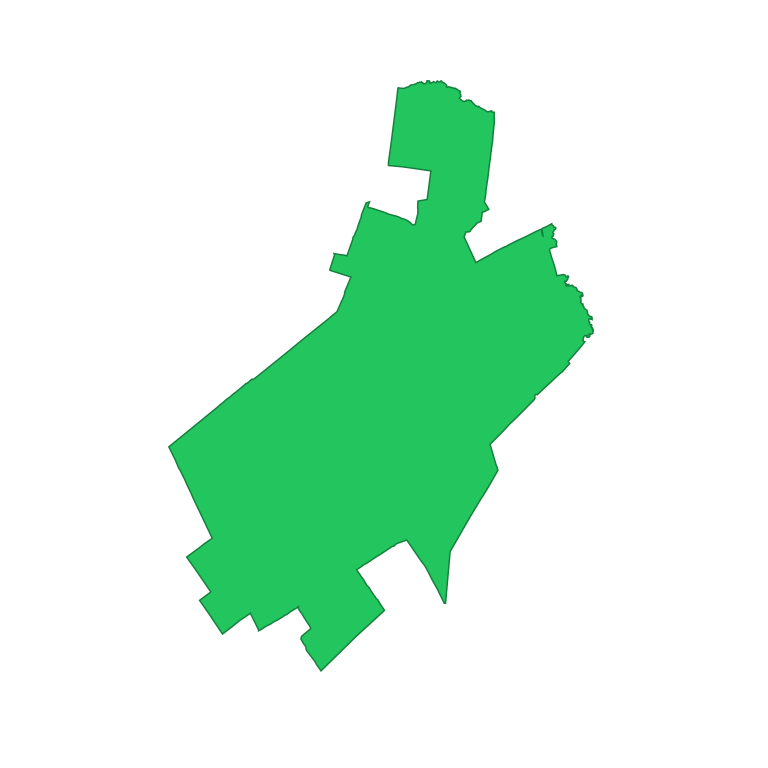 the district of Vanatori, Mehedinti, Romania, rotated 297°
{"feature_id": "2599482B58369047953244", "entity_name": "Vanatori", "entity_type": "district", "adm_level": 2, "iso_a3": "ROU", "parent_name": "Romania", "parent_adm1": "Mehedinti", "projection": "mercator", "projection_center": [22.926, 44.254], "detail": "fine", "context": "isolated", "style": "filled", "palette": "green", "viewbox_px": 768, "rotation_deg": 297, "n_neighbors": 0, "source": "geoboundaries", "source_scale": "gbopen_adm2", "svg_char_len": 6144}
<svg xmlns="http://www.w3.org/2000/svg" viewBox="0 0 768 768"><g transform="rotate(297 384 384)"><path d="M555.9,500.0L557.1,498.3L557.6,498.4L557.7,499.5L558.3,499.8L560.1,500.1L563.5,499.7L563.8,499.1L563.8,498.8L562.1,498.1L562.0,497.7L563.2,496.3L563.0,496.0L563.2,494.5L559.0,488.8L562.9,485.6L566.1,482.7L569.6,479.3L571.5,477.2L578.0,471.1L579.0,470.6L580.0,470.5L580.9,471.2L583.6,474.0L584.8,475.6L585.5,475.3L586.1,474.5L586.9,473.8L588.5,473.7L588.9,473.5L589.9,472.1L590.0,471.6L590.6,470.5L590.2,469.0L590.2,467.9L590.8,467.1L591.6,466.9L592.6,467.6L594.7,467.1L595.0,467.0L595.2,466.2L596.0,465.6L597.2,465.9L598.3,465.6L598.9,465.8L599.6,466.4L600.5,466.5L601.4,465.9L600.8,464.2L601.7,463.4L601.8,461.7L603.0,460.7L598.3,457.6L594.1,454.1L593.2,454.6L589.4,457.7L588.0,458.4L588.2,457.9L592.6,454.4L592.8,453.9L592.5,453.1L589.6,450.7L578.7,442.7L572.6,437.8L564.0,431.5L561.7,430.2L561.2,429.5L560.0,428.5L552.9,423.3L548.8,420.9L538.6,413.8L533.9,410.8L551.0,389.1L552.1,388.5L556.7,388.1L558.0,390.5L559.1,391.4L560.5,391.4L563.1,392.0L569.7,393.9L571.0,394.8L572.9,396.6L573.5,396.5L581.8,393.5L583.0,395.1L587.2,398.1L591.8,390.8L599.6,388.4L603.0,386.9L614.6,383.0L626.3,378.7L631.8,376.8L632.9,376.6L637.9,374.5L640.6,373.8L642.1,373.0L648.9,370.8L657.6,367.2L668.0,363.2L670.9,361.7L672.2,360.7L676.2,358.9L675.3,356.4L675.3,356.2L676.2,355.8L673.8,353.2L673.5,352.2L673.9,348.9L673.8,346.8L674.0,343.3L674.4,342.4L674.2,341.9L673.6,341.5L673.4,341.0L673.7,340.5L673.6,339.1L673.8,338.3L675.5,333.7L676.0,333.0L675.5,332.3L675.6,331.3L675.5,330.5L674.9,330.3L674.4,328.7L673.5,328.6L673.2,328.0L672.3,327.6L671.9,326.3L671.9,324.5L672.8,321.6L673.8,321.3L675.0,322.1L676.5,321.0L677.0,320.1L679.2,319.2L679.5,318.9L679.4,316.6L679.7,315.8L679.7,314.4L680.0,313.6L679.5,313.2L679.4,312.9L679.6,312.4L679.0,311.4L678.9,310.8L679.1,310.3L678.7,309.4L678.5,307.5L677.0,304.9L677.4,304.5L677.8,304.8L678.2,304.6L678.7,303.9L679.5,301.0L679.5,299.7L679.2,298.9L680.1,298.0L680.1,297.6L679.5,296.8L678.7,296.7L677.9,296.1L677.8,295.4L678.3,294.2L678.0,293.8L676.3,293.5L676.0,293.2L675.7,291.8L675.9,291.0L672.8,288.7L672.7,288.4L673.0,288.1L674.5,287.3L674.5,286.5L674.2,285.5L673.7,284.9L673.3,285.3L673.1,284.9L672.7,285.2L670.2,284.3L669.7,283.6L669.6,282.3L669.9,282.1L670.2,280.3L669.7,280.3L669.4,280.0L669.3,278.9L667.9,277.7L667.6,277.1L665.4,276.1L665.5,275.7L663.7,273.9L662.9,272.9L662.7,272.2L659.8,270.8L658.8,269.9L658.9,269.6L656.9,268.2L656.4,267.4L655.3,265.0L654.4,262.2L653.5,262.2L645.7,265.2L602.7,280.7L583.4,287.4L580.7,288.8L585.8,301.6L595.2,329.0L568.0,338.7L562.4,331.2L556.4,333.9L554.6,335.2L551.0,336.8L540.5,339.3L538.9,338.0L538.8,336.9L539.9,333.4L540.3,329.9L540.1,327.2L539.5,324.5L539.5,320.9L537.4,310.5L537.1,306.2L535.3,294.5L534.2,290.0L534.2,289.4L534.5,289.0L539.7,288.4L537.3,285.9L524.6,287.1L522.4,287.9L515.2,288.7L509.1,289.8L505.8,289.8L503.5,290.2L500.5,289.8L498.8,290.5L481.4,292.8L480.9,290.5L478.7,284.2L477.6,280.2L476.3,281.4L461.1,283.8L460.7,284.2L464.3,306.0L447.9,307.2L446.4,308.0L440.3,308.7L438.7,308.5L437.2,308.7L427.0,309.3L420.9,306.5L418.1,305.5L387.4,291.6L368.8,283.5L332.7,267.4L328.6,265.4L328.4,264.1L322.3,261.7L321.8,260.8L319.3,259.9L309.3,255.6L306.5,254.1L302.5,252.6L297.9,250.2L296.4,249.8L291.2,247.4L287.9,246.2L230.3,220.8L221.8,232.3L216.0,239.1L214.0,242.3L207.8,250.6L205.0,253.9L199.3,261.4L195.4,266.1L168.6,301.0L160.6,296.7L154.5,293.9L140.2,286.7L132.4,301.6L120.1,324.1L107.5,317.9L100.7,330.7L87.9,353.6L98.7,358.8L108.6,363.2L111.9,365.2L119.1,369.0L107.9,384.0L107.2,384.3L109.5,386.0L115.3,389.3L118.7,392.0L122.3,393.9L125.6,396.5L126.7,397.0L129.0,398.5L133.2,400.8L134.3,402.0L138.8,404.1L144.2,407.5L147.6,409.2L146.5,408.9L145.5,409.3L143.9,411.3L142.8,413.4L142.5,414.5L139.4,419.2L138.7,420.7L137.9,421.7L134.4,428.0L133.0,429.7L132.6,429.7L122.3,425.3L121.3,425.2L119.0,425.8L115.9,430.5L114.8,433.0L113.9,434.2L112.2,435.0L111.2,436.4L105.2,448.8L103.6,451.0L99.8,458.1L147.1,474.0L182.4,487.2L182.7,487.0L185.9,481.1L188.9,476.4L189.3,474.4L190.2,473.1L191.6,470.1L195.6,463.5L196.2,462.3L196.7,460.4L198.9,456.8L200.7,454.2L201.9,451.3L202.9,449.8L206.0,443.9L211.6,447.0L212.7,447.3L216.8,450.2L225.7,455.1L231.2,458.5L242.9,465.0L244.1,466.5L246.7,467.3L247.7,467.9L255.3,475.1L242.7,498.2L240.9,502.2L239.9,503.9L236.1,509.4L231.8,515.2L225.1,525.2L216.0,537.2L216.5,538.4L264.7,519.0L305.4,521.1L321.3,522.2L326.6,522.6L327.9,522.9L340.6,523.8L358.7,524.7L361.2,522.6L362.4,521.0L378.4,505.9L398.2,512.2L404.8,514.0L416.0,517.9L438.3,525.0L439.7,525.0L440.4,524.7L441.8,523.6L443.0,523.6L443.9,524.3L444.0,525.4L474.2,536.4L475.0,537.1L486.6,540.1L487.4,538.0L487.7,537.8L505.1,542.2L512.8,543.8L512.5,542.8L513.5,541.3L516.9,540.5L518.2,541.0L519.1,542.2L519.2,543.1L518.4,542.5L517.9,543.2L518.1,543.4L518.0,544.3L518.6,545.3L519.8,545.7L520.4,545.6L520.8,545.2L521.0,544.4L521.6,544.2L522.0,544.4L522.1,545.3L522.9,546.4L524.2,547.2L525.1,546.3L526.0,546.4L526.4,546.2L526.5,545.9L527.2,546.0L527.5,545.7L527.3,544.7L527.7,544.4L528.3,544.6L528.5,544.5L528.7,544.1L528.9,542.5L530.1,542.7L530.7,542.5L531.0,542.0L531.0,541.6L530.5,541.6L530.3,541.0L531.3,539.6L532.4,539.3L532.6,539.0L532.6,538.2L533.0,537.8L534.4,537.2L535.1,537.2L535.5,538.0L535.4,538.7L536.1,538.9L536.0,540.1L537.8,539.1L538.1,538.8L538.2,538.1L537.7,537.8L537.7,536.8L537.9,536.6L537.9,535.5L538.5,534.6L538.4,534.2L539.7,533.0L541.2,532.1L541.9,531.0L541.8,530.3L542.5,527.8L543.7,526.9L544.0,525.6L544.7,525.2L545.4,525.2L545.6,524.9L545.2,523.3L545.7,523.0L545.9,522.1L546.2,521.8L547.4,522.0L548.4,521.1L549.4,520.8L550.0,520.1L550.3,519.5L550.3,519.1L550.8,518.9L552.1,519.1L552.6,519.6L552.2,520.4L551.7,520.5L552.1,521.0L552.5,521.2L553.1,521.1L553.7,520.7L555.0,519.5L555.2,518.9L555.2,518.3L554.7,517.5L555.1,515.5L554.8,513.7L555.7,513.3L556.8,512.0L557.1,511.1L556.6,508.9L557.2,507.9L557.4,506.9L557.3,506.5L555.7,505.2L555.5,504.5L555.6,504.2L556.7,503.5L556.5,502.9L556.1,502.5L554.9,503.1L554.1,501.9L554.4,501.2L554.8,501.2L555.4,501.6L555.9,501.2L555.9,500.0Z" fill="#22c55e" stroke="#15803d" stroke-width="1.5"/></g></svg>